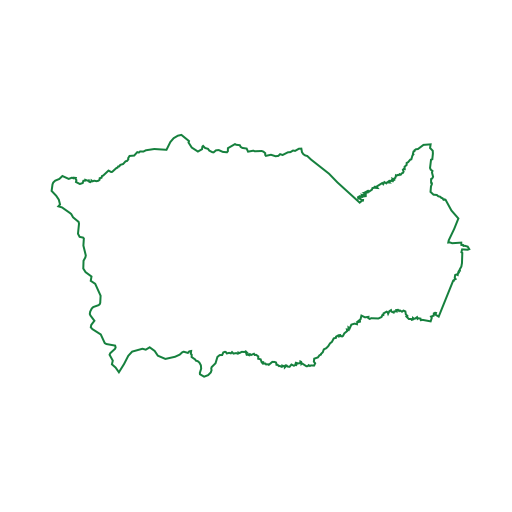 Pa Phayom, Phatthalung, Thailand (orthographic projection), rotated 7°
{"feature_id": "78962969B75084248147684", "entity_name": "Pa Phayom", "entity_type": "district", "adm_level": 2, "iso_a3": "THA", "parent_name": "Thailand", "parent_adm1": "Phatthalung", "projection": "orthographic", "projection_center": [99.888, 7.825], "detail": "fine", "context": "isolated", "style": "outline", "palette": "green", "viewbox_px": 512, "rotation_deg": 7, "n_neighbors": 0, "source": "geoboundaries", "source_scale": "gbopen_adm2", "svg_char_len": 6089}
<svg xmlns="http://www.w3.org/2000/svg" viewBox="0 0 512 512"><g transform="rotate(7 256 256)"><path d="M54.1,200.2L51.4,203.5L47.5,205.7L45.8,207.8L45.3,209.7L45.2,216.3L50.4,220.6L53.4,224.1L55.2,228.7L53.8,230.8L57.5,231.4L66.1,236.0L67.5,236.9L69.7,239.9L75.8,243.8L76.4,245.6L76.6,255.6L78.6,258.5L82.1,258.8L83.0,259.6L83.4,266.7L87.0,276.2L86.8,278.2L85.4,281.7L86.1,289.5L88.8,292.8L95.2,296.4L95.0,300.8L99.8,303.2L106.6,314.4L107.1,321.5L106.7,323.0L105.7,324.0L100.7,326.5L99.4,328.1L98.2,331.4L98.1,333.8L98.9,335.2L103.5,340.0L100.9,344.4L100.7,346.9L102.5,348.5L111.5,352.8L116.5,360.9L118.2,361.6L127.1,362.1L127.8,363.8L127.4,365.3L123.2,370.2L122.7,371.9L126.6,377.3L126.2,381.1L130.2,383.8L134.1,388.1L138.2,379.3L141.4,370.6L144.7,366.0L154.6,361.9L158.0,362.4L161.6,359.6L167.0,362.6L170.7,366.9L178.6,369.2L187.9,365.9L192.3,363.2L194.5,360.6L195.9,359.8L200.2,360.5L201.4,358.8L203.2,358.2L203.2,361.0L204.2,361.8L204.4,364.1L208.2,366.1L209.1,367.2L211.0,367.5L212.8,368.7L214.6,371.2L215.3,374.5L214.5,378.9L214.8,380.2L219.2,382.1L223.0,380.1L225.3,377.1L225.8,374.8L225.3,373.2L225.5,371.7L228.9,367.4L230.0,360.9L232.0,358.8L234.5,358.4L235.3,355.7L236.8,354.9L237.6,354.9L238.9,356.3L241.1,355.4L242.9,355.7L243.9,354.3L245.5,355.6L248.1,354.8L249.9,355.2L250.4,354.8L250.3,354.0L251.5,354.3L253.5,352.9L256.6,352.6L257.4,351.9L258.8,353.0L257.9,353.3L258.8,355.2L260.1,354.9L261.2,355.3L261.4,354.3L261.9,354.1L263.1,354.9L265.9,353.3L266.8,354.4L268.2,354.1L270.5,355.4L270.7,357.7L273.2,358.0L274.5,360.6L276.2,360.5L276.4,361.0L275.5,361.6L275.9,362.0L278.5,361.6L279.2,362.4L281.5,362.0L282.0,362.4L285.1,359.1L287.4,358.9L288.9,359.3L289.6,361.5L290.6,361.3L292.2,362.5L292.9,362.2L295.1,362.9L295.7,362.5L295.5,361.6L297.6,362.0L298.0,361.6L298.2,363.0L299.8,361.0L300.9,361.9L302.8,361.9L304.4,359.4L307.0,360.3L308.3,359.3L309.2,359.4L309.4,358.9L308.4,357.9L308.6,357.1L310.9,357.5L313.0,356.9L312.9,355.3L313.7,355.6L314.2,357.7L314.8,357.0L319.5,359.3L320.8,359.0L321.6,357.9L322.9,358.6L323.9,357.9L327.0,357.7L327.8,355.3L326.3,353.8L326.3,350.8L329.8,349.1L331.1,346.8L332.5,345.9L332.5,345.2L334.0,343.4L334.7,340.4L336.9,339.0L338.7,336.7L340.1,333.7L341.8,332.0L343.2,328.3L345.3,327.5L345.3,326.3L347.6,324.6L348.8,324.3L348.5,325.6L350.2,325.0L351.2,325.4L352.1,324.7L353.1,322.0L355.7,319.3L355.2,317.9L356.9,318.1L356.5,315.7L357.8,316.5L359.0,312.5L362.1,311.1L364.5,311.4L364.3,310.5L365.0,309.4L367.2,308.5L367.1,308.1L365.4,308.2L367.5,306.0L367.9,302.3L371.7,303.6L375.0,302.7L375.0,303.9L376.5,304.6L378.0,303.7L385.1,303.1L388.0,301.3L388.7,299.1L389.6,299.1L389.6,297.4L392.5,295.3L393.6,295.9L394.2,297.2L395.1,294.5L396.6,293.3L397.2,294.7L399.6,295.4L400.0,294.1L402.4,293.9L401.8,292.6L403.5,292.1L404.8,293.2L405.5,292.5L407.7,293.5L409.0,292.2L411.0,292.8L411.8,295.6L413.5,297.0L412.7,297.8L415.4,299.9L417.7,299.6L418.4,300.4L419.6,299.8L419.4,298.4L420.5,299.0L421.3,298.9L423.3,297.1L424.0,298.7L424.8,298.0L426.9,298.1L427.4,299.6L429.3,299.1L437.3,299.6L438.0,296.0L437.1,294.8L439.6,293.6L439.5,291.3L440.7,290.5L441.6,290.6L441.2,292.3L444.7,293.9L454.7,256.5L455.3,256.5L455.6,255.4L456.9,254.5L455.9,253.4L456.0,250.6L457.2,249.9L458.5,250.3L458.6,248.3L459.4,247.7L458.9,246.8L459.3,246.0L460.2,245.7L459.8,244.6L461.1,241.5L461.3,238.0L460.4,227.8L459.4,227.2L459.8,224.3L465.3,224.0L466.8,223.2L465.0,220.9L462.1,220.4L460.7,220.7L460.3,219.9L458.5,220.0L458.1,217.7L449.2,219.4L446.7,218.9L445.2,219.2L445.4,216.9L449.4,205.0L452.3,194.1L444.4,187.0L437.3,177.1L436.3,176.8L435.7,177.4L435.2,177.3L434.1,175.9L432.9,175.8L431.8,174.8L429.6,174.5L428.0,173.4L424.7,173.5L421.4,171.1L421.2,165.5L421.8,163.2L421.7,162.3L420.9,162.1L420.4,158.3L421.4,157.6L422.1,155.8L420.5,151.7L420.8,150.1L418.9,149.0L418.0,147.4L418.0,139.1L419.2,138.5L419.1,132.8L418.6,130.0L415.6,127.6L415.7,123.9L408.7,125.3L403.7,130.1L401.7,130.6L400.4,131.9L400.5,132.6L399.6,133.1L399.3,135.6L399.8,136.0L399.0,137.3L398.4,141.1L397.3,141.6L395.6,144.3L394.2,145.3L394.4,147.3L392.6,149.3L393.0,151.6L392.1,151.5L391.3,152.5L392.2,154.2L391.8,155.5L390.6,156.2L389.7,157.7L388.5,157.3L388.0,158.3L386.7,158.3L385.9,159.1L385.1,158.8L384.8,161.4L384.0,162.0L384.0,163.3L382.3,162.8L383.1,164.2L382.7,165.0L381.5,164.1L381.0,165.1L379.2,165.1L378.4,165.9L379.5,166.8L377.1,167.0L376.5,168.0L374.4,167.0L373.5,169.2L372.4,168.2L367.6,172.1L367.6,173.0L368.3,173.7L366.1,173.8L366.0,172.8L365.6,172.7L364.4,174.1L363.3,174.4L363.0,176.0L360.4,178.3L359.3,177.6L358.0,178.5L359.0,178.6L359.1,179.3L356.4,180.0L357.3,180.3L357.6,183.2L357.1,183.3L355.7,181.5L355.1,181.8L355.4,183.2L353.6,182.6L354.3,184.4L353.4,184.5L352.9,183.8L351.9,184.9L351.4,184.2L350.1,185.2L350.6,186.5L352.5,186.5L354.2,187.6L355.4,187.4L355.4,188.0L354.6,188.1L352.4,190.4L327.8,173.0L318.4,165.4L298.9,153.6L294.7,150.5L292.6,150.2L290.6,149.2L289.0,147.4L287.9,143.9L285.5,144.3L282.0,146.9L279.9,146.8L277.5,148.7L275.0,149.2L270.1,152.5L267.5,152.0L266.0,153.9L263.3,154.6L258.5,153.7L253.6,155.4L252.8,154.5L252.6,152.8L250.6,151.5L248.8,151.1L242.0,152.2L240.5,151.8L235.4,153.4L233.6,150.5L229.3,150.4L227.5,149.6L226.4,148.0L222.7,148.0L221.5,147.5L215.0,152.4L215.3,155.4L214.5,156.6L210.3,156.7L206.1,155.4L203.4,156.0L201.3,158.3L200.0,158.3L196.8,157.1L195.3,155.5L192.3,155.0L190.1,153.2L189.5,153.9L189.4,156.6L185.6,159.4L179.0,156.2L175.2,151.6L175.5,150.1L167.2,144.9L163.8,146.1L159.9,149.1L157.1,153.3L154.2,161.5L142.0,162.2L133.8,164.5L131.6,166.0L128.2,166.4L127.1,167.6L125.5,167.4L122.8,171.2L118.3,172.1L117.2,174.5L117.5,175.6L116.4,177.4L115.0,177.9L112.9,180.9L110.2,182.1L109.4,183.7L108.3,183.9L107.7,185.3L106.8,185.6L103.0,190.0L102.0,190.3L99.2,189.2L94.5,194.8L93.4,195.4L93.1,197.2L91.4,197.8L91.4,199.5L90.4,200.5L88.6,201.2L86.2,201.0L84.7,201.8L83.5,201.1L83.5,201.9L82.5,202.9L81.4,202.6L80.8,201.3L80.0,201.8L77.2,201.2L77.2,202.0L75.5,202.4L75.1,204.7L72.4,206.0L68.3,204.5L68.5,202.6L67.4,201.4L67.6,200.5L65.5,200.5L65.2,201.1L63.8,200.7L60.7,202.3L54.1,200.2Z" fill="none" stroke="#15803d" stroke-width="2"/></g></svg>